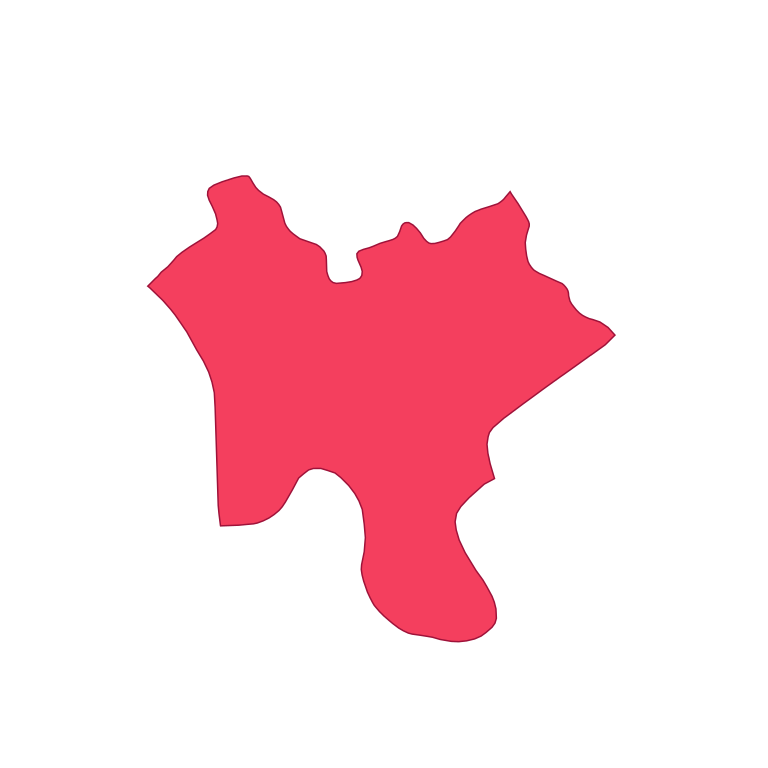 Quan 7, Hồ Chí Minh city, Vietnam (Natural Earth projection), rotated 144°
{"feature_id": "81297802B84259990428862", "entity_name": "Quan 7", "entity_type": "district", "adm_level": 2, "iso_a3": "VNM", "parent_name": "Vietnam", "parent_adm1": "Hồ Chí Minh city", "projection": "natural_earth1", "projection_center": [106.723, 10.738], "detail": "fine", "context": "isolated", "style": "filled", "palette": "rose", "viewbox_px": 768, "rotation_deg": 144, "n_neighbors": 0, "source": "geoboundaries", "source_scale": "gbopen_adm2", "svg_char_len": 3675}
<svg xmlns="http://www.w3.org/2000/svg" viewBox="0 0 768 768"><g transform="rotate(144 384 384)"><path d="M168.9,465.5L173.4,464.4L175.5,463.9L178.1,463.2L180.2,462.9L182.4,462.8L182.5,462.8L183.2,462.8L184.1,462.8L186.0,462.9L189.1,463.9L194.5,465.6L202.7,468.4L206.3,469.3L208.8,470.0L211.9,470.3L213.1,470.4L216.8,470.5L219.8,470.4L224.5,469.7L228.0,469.1L230.4,468.1L236.4,465.9L243.8,463.8L247.8,463.5L251.6,464.6L256.2,466.2L260.2,467.8L263.4,469.9L264.8,471.6L265.7,474.3L266.2,478.4L265.8,484.8L266.2,490.8L267.1,495.6L269.1,500.0L271.2,501.5L272.4,502.1L274.5,502.2L276.9,501.5L281.7,498.1L286.3,495.5L289.1,495.3L291.8,495.7L295.5,496.9L299.0,498.2L304.5,500.1L311.9,501.8L315.9,502.9L321.5,505.0L326.3,506.2L329.4,505.3L331.3,502.3L332.2,499.6L333.9,491.9L335.4,487.9L338.1,484.9L340.8,483.8L342.1,483.7L344.9,484.1L349.9,485.8L355.6,488.7L363.4,493.4L365.6,496.0L366.4,498.7L366.5,501.3L365.6,504.9L364.2,508.7L357.8,518.1L355.6,521.5L354.8,524.5L354.5,527.0L354.9,529.7L355.3,532.7L356.7,536.6L361.5,543.5L365.4,549.1L366.7,551.0L367.5,553.4L369.2,558.7L370.1,562.6L370.3,565.5L370.3,568.9L369.7,572.4L365.4,583.6L363.8,587.9L363.6,591.1L363.9,594.4L364.9,597.9L367.2,603.0L370.0,608.5L371.7,614.4L372.2,618.4L371.9,623.6L371.3,629.1L371.4,631.4L371.9,632.1L372.4,632.7L376.7,635.8L384.3,638.9L395.9,642.7L404.8,644.9L410.4,645.0L413.4,643.3L415.8,640.4L417.4,635.4L418.5,628.7L420.3,620.5L420.7,619.6L422.6,614.9L424.2,611.6L426.7,609.2L429.4,607.9L435.8,607.8L437.6,607.8L444.0,607.9L452.3,608.5L460.9,609.1L470.2,609.3L476.9,608.9L481.5,607.7L489.9,605.9L498.5,605.4L503.8,604.0L507.0,603.7L517.6,602.0L517.0,599.8L513.8,581.7L512.7,570.0L512.4,562.5L512.7,549.4L512.8,547.1L512.8,546.8L512.9,542.2L515.5,521.6L516.6,508.7L518.8,496.7L522.0,486.7L526.4,476.7L534.4,464.3L589.5,383.2L593.7,376.1L599.5,365.6L599.6,365.3L584.4,355.1L577.1,350.8L571.8,347.6L568.2,346.0L562.2,344.3L555.6,343.2L549.3,343.0L543.3,343.4L538.5,344.5L533.1,346.5L520.2,352.3L508.3,358.1L501.6,358.6L495.5,358.8L490.8,357.2L484.7,352.8L480.5,347.3L475.9,340.8L474.6,336.1L474.5,335.6L474.0,334.0L472.2,322.6L472.0,312.5L473.0,304.1L475.3,295.3L482.4,282.2L489.4,270.6L498.6,259.9L508.3,251.0L511.4,247.3L513.9,242.5L516.3,236.5L519.7,225.4L520.9,219.2L521.7,213.8L522.0,210.6L521.8,207.7L521.4,202.5L520.4,196.3L518.8,189.4L517.7,185.0L515.5,177.8L513.4,173.0L510.8,168.3L508.3,165.2L502.7,159.8L497.6,154.7L493.6,150.6L488.7,144.3L480.8,136.2L475.0,131.6L472.0,129.9L468.2,127.7L460.5,124.5L453.6,123.0L447.6,123.0L439.6,123.7L434.8,125.3L430.8,128.4L425.6,136.3L423.0,142.7L421.4,148.7L420.0,159.2L419.2,167.2L419.2,179.1L417.5,200.0L414.9,213.6L411.4,223.4L407.5,230.7L401.3,236.7L393.9,239.7L382.1,242.0L361.7,244.1L350.2,242.5L345.0,257.1L343.2,261.2L343.1,261.3L342.3,263.1L342.0,263.9L340.6,267.0L336.1,274.7L330.8,280.1L327.2,282.8L321.3,284.7L318.6,284.9L315.0,285.2L307.2,285.9L304.7,285.9L304.2,285.9L283.6,286.2L282.9,286.2L280.1,286.2L258.8,286.3L253.8,286.3L253.2,286.3L236.5,286.2L232.8,286.1L203.1,285.9L200.2,285.9L199.7,285.8L181.9,285.7L168.4,287.8L169.3,296.1L169.5,298.0L171.2,302.7L172.9,307.3L177.2,313.4L179.5,316.2L181.5,319.6L183.0,322.7L184.2,326.4L184.9,330.8L185.1,334.9L185.2,338.3L184.8,341.8L182.9,346.6L181.3,349.2L180.5,351.1L180.1,353.2L180.1,355.8L180.4,358.6L180.6,359.3L180.9,360.6L184.1,366.0L188.9,374.5L190.7,377.7L193.3,382.1L195.1,386.2L195.9,388.5L196.2,392.1L196.1,393.7L196.1,394.7L196.1,395.3L195.5,398.5L193.3,403.8L190.1,409.8L186.6,415.4L181.2,420.7L177.3,423.7L173.8,426.3L172.4,428.1L171.6,430.2L171.1,433.1L170.7,436.1L169.5,451.5L169.5,452.3L169.2,462.9L168.9,465.5Z" fill="#f43f5e" stroke="#9f1239" stroke-width="1.5"/></g></svg>